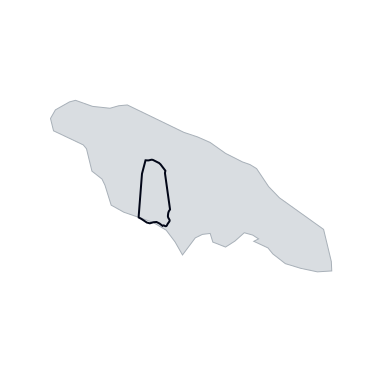 where Manchester sits in Jamaica, rotated 18°
{"feature_id": "JAM-1372", "entity_name": "Manchester", "entity_type": "Parish", "adm_level": 1, "iso_a3": "JAM", "parent_name": "Jamaica", "parent_adm1": "", "projection": "mercator", "projection_center": [-77.454, 18.04], "detail": "fine", "context": "in_parent", "style": "outline", "palette": "ink", "viewbox_px": 384, "rotation_deg": 18, "n_neighbors": 0, "source": "natural_earth", "source_scale": "10m", "svg_char_len": 1356}
<svg xmlns="http://www.w3.org/2000/svg" viewBox="0 0 384 384"><g transform="rotate(18 192 192)"><path d="M194.0,139.3L212.0,144.9L230.6,147.8L238.7,148.0L246.2,149.8L263.2,163.2L276.9,170.5L328.7,186.9L346.0,215.1L349.3,223.9L335.9,229.2L319.0,231.0L302.9,231.3L288.0,225.9L281.5,221.7L266.0,219.8L269.8,216.0L263.0,214.2L254.3,214.6L248.0,225.4L240.9,234.0L227.3,233.2L222.1,225.8L215.0,229.1L209.3,234.6L202.4,254.8L191.3,244.7L179.3,236.3L164.1,232.9L133.5,232.3L119.2,229.5L107.1,212.4L102.4,207.5L90.4,203.1L78.3,183.5L74.0,180.8L41.4,176.6L34.7,165.8L36.7,156.1L47.6,144.2L52.9,140.8L70.9,141.3L88.1,137.7L95.7,132.6L103.6,129.2L165.9,137.8L180.3,137.9L194.0,139.3Z" fill="#d9dde1" stroke="#a8b0b8" stroke-width="1"/><path d="M174.4,233.3L174.2,233.2L170.9,232.0L167.5,231.5L164.8,232.6L161.6,234.8L158.5,235.0L152.1,233.2L149.2,232.7L148.9,232.0L138.8,190.1L138.0,176.2L139.9,175.7L140.9,175.4L142.5,174.4L143.6,173.8L144.4,173.6L145.2,173.6L150.9,174.5L151.4,174.5L153.5,175.4L160.1,180.0L160.4,182.3L176.5,215.4L176.3,216.2L175.9,217.5L175.9,218.2L175.9,219.3L176.3,221.4L176.5,222.3L176.8,223.0L177.5,223.9L179.1,225.3L179.5,225.9L179.6,226.4L179.6,226.9L178.7,229.8L178.4,231.7L178.2,232.1L178.0,232.4L177.7,232.6L177.3,232.7L176.8,232.7L175.5,232.5L175.1,232.7L174.8,232.9L174.4,233.3Z" fill="none" stroke="#020617" stroke-width="2"/></g></svg>